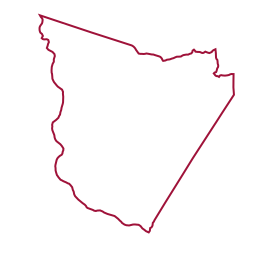 Barão de Grajaú, Maranhão, Brazil, rotated 97°
{"feature_id": "56859067B33143624051874", "entity_name": "Barão de Grajaú", "entity_type": "district", "adm_level": 2, "iso_a3": "BRA", "parent_name": "Brazil", "parent_adm1": "Maranhão", "projection": "natural_earth1", "projection_center": [-43.215, -6.594], "detail": "fine", "context": "isolated", "style": "outline", "palette": "rose", "viewbox_px": 256, "rotation_deg": 97, "n_neighbors": 0, "source": "geoboundaries", "source_scale": "gbopen_adm2", "svg_char_len": 2757}
<svg xmlns="http://www.w3.org/2000/svg" viewBox="0 0 256 256"><g transform="rotate(97 128 128)"><path d="M223.8,92.6L222.0,91.8L219.1,91.8L217.9,91.0L216.1,90.4L197.4,81.9L167.7,68.1L150.3,60.1L139.8,55.0L138.6,54.4L113.7,42.3L111.9,41.4L109.4,40.2L101.3,36.3L82.1,26.9L80.5,27.2L75.0,28.3L68.1,29.1L61.6,29.8L61.8,31.8L62.2,33.0L63.1,34.3L63.7,36.1L64.2,38.2L64.3,40.3L64.2,42.0L64.8,43.2L66.2,43.9L65.6,45.3L65.7,46.6L65.1,47.8L64.2,48.6L63.4,49.5L62.4,48.8L61.8,47.4L60.9,47.1L57.9,46.7L56.7,46.1L55.5,46.0L54.5,46.2L53.2,46.8L52.2,47.0L50.6,47.3L49.4,47.7L48.6,48.7L47.4,49.2L45.7,49.5L43.1,49.9L39.2,50.8L40.1,52.3L41.0,53.4L42.4,54.2L43.7,56.4L43.5,57.9L43.1,59.5L42.8,60.6L44.2,62.2L44.5,63.5L43.8,66.0L44.0,68.3L44.0,70.3L43.0,71.1L42.2,72.1L43.3,73.3L44.8,73.4L46.2,74.2L46.9,75.8L47.8,77.2L48.0,79.0L48.9,81.9L49.6,83.0L50.6,84.2L51.0,86.2L51.3,88.3L52.2,89.9L53.1,91.3L53.8,93.0L54.8,94.9L55.5,97.7L56.4,99.0L57.1,101.3L56.0,102.3L54.9,102.9L53.5,104.5L53.1,105.9L52.3,110.4L52.0,111.6L52.1,113.6L51.9,116.4L51.8,118.7L52.4,120.4L52.7,121.9L52.7,123.2L52.9,124.9L52.8,126.5L49.3,129.7L48.3,130.4L47.3,131.4L46.4,132.6L45.6,134.3L37.7,175.6L26.9,229.1L28.4,228.0L29.2,227.1L30.1,226.3L31.1,225.9L33.4,225.9L34.7,226.1L37.0,227.4L38.4,227.9L39.5,228.0L41.6,227.7L43.2,227.1L44.1,226.5L45.1,224.9L47.0,223.7L49.3,224.6L50.1,223.5L50.3,222.1L49.8,219.5L50.3,217.9L52.4,217.0L54.4,217.6L56.3,217.8L58.5,218.3L60.1,216.5L61.7,212.2L63.6,210.0L65.5,209.4L68.8,210.0L71.3,209.7L73.5,210.6L76.7,211.1L80.1,210.9L82.5,210.5L83.5,210.0L86.3,209.4L88.4,209.0L90.8,207.5L91.6,206.9L93.4,205.0L94.3,204.1L95.5,202.7L98.0,198.1L100.1,196.9L101.8,196.8L104.9,196.1L110.3,195.6L111.9,195.7L115.9,196.4L118.3,196.5L120.4,197.0L123.0,197.1L124.6,197.9L126.3,198.3L128.7,200.3L131.6,203.3L134.2,203.7L135.5,203.3L137.6,203.3L139.4,202.8L144.0,200.3L146.6,199.6L148.3,198.7L149.8,197.4L152.4,193.1L153.9,191.5L156.2,189.6L158.1,189.5L159.4,189.9L161.4,190.0L162.7,190.6L164.0,192.3L165.4,193.5L166.6,194.3L168.2,194.9L170.7,195.2L172.5,195.4L173.5,195.5L174.9,195.5L176.3,195.1L177.4,194.9L178.9,194.7L180.5,194.1L182.3,193.3L183.4,192.8L184.3,191.9L185.4,191.0L187.6,188.6L188.0,187.3L188.7,185.6L189.5,182.8L190.3,180.8L190.5,179.6L191.9,177.9L193.6,176.2L196.2,175.2L197.7,174.2L200.4,173.3L202.2,172.1L205.1,168.6L208.1,163.9L209.4,161.5L210.6,160.1L211.6,159.5L212.3,158.5L213.6,152.9L214.2,151.5L214.3,149.8L213.7,148.4L213.2,145.7L213.9,143.1L214.8,141.4L215.8,137.9L217.0,130.6L217.9,129.1L219.3,126.8L221.0,124.7L221.9,123.3L222.9,122.4L224.3,119.7L224.7,117.8L224.6,115.0L223.2,111.3L222.9,109.5L222.8,105.6L223.8,103.6L225.9,101.5L227.2,99.1L228.2,97.6L229.1,94.7L227.4,93.8L224.6,93.8L223.8,92.6Z" fill="none" stroke="#9f1239" stroke-width="2"/></g></svg>